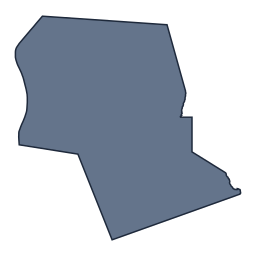 the district of Arauco, La Rioja, Argentina
{"feature_id": "61730980B43357395590927", "entity_name": "Arauco", "entity_type": "district", "adm_level": 2, "iso_a3": "ARG", "parent_name": "Argentina", "parent_adm1": "La Rioja", "projection": "mercator", "projection_center": [-66.591, -28.559], "detail": "fine", "context": "isolated", "style": "filled", "palette": "slate", "viewbox_px": 256, "rotation_deg": 0, "n_neighbors": 0, "source": "geoboundaries", "source_scale": "gbopen_adm2", "svg_char_len": 2883}
<svg xmlns="http://www.w3.org/2000/svg" viewBox="0 0 256 256"><path d="M240.0,194.1L239.9,193.8L240.6,193.2L240.6,192.9L240.6,192.5L240.6,192.4L240.5,192.1L240.4,191.8L240.4,191.5L240.4,191.4L240.3,191.0L240.3,190.8L240.3,190.5L240.2,190.2L240.2,189.9L239.7,189.4L239.2,189.5L238.8,189.2L238.5,188.9L238.2,188.8L237.8,188.7L237.7,188.7L237.3,188.6L237.3,189.1L237.3,189.3L237.3,189.5L237.1,189.6L236.8,189.6L236.5,189.6L236.4,189.6L236.1,189.5L236.1,189.4L235.8,189.4L235.7,189.4L235.3,189.5L235.2,189.5L234.9,189.5L234.7,189.4L234.6,189.2L234.1,189.1L233.9,188.9L233.7,188.8L233.4,188.8L233.2,188.6L233.1,188.4L232.9,188.2L232.7,187.8L232.7,187.7L232.5,187.3L232.3,187.1L231.9,186.8L231.8,186.7L231.3,186.2L231.0,185.9L230.7,185.0L230.2,184.4L229.7,183.6L229.5,182.8L229.7,182.2L229.8,181.8L229.7,180.9L229.4,180.1L229.2,179.1L228.5,178.7L228.2,178.2L228.0,177.3L227.5,176.9L227.0,176.6L226.4,175.6L226.1,173.7L225.6,172.8L222.9,171.1L222.6,170.9L219.8,169.2L213.7,165.4L192.0,151.9L192.0,117.2L181.7,117.2L179.9,117.2L180.3,117.1L180.4,116.6L180.9,116.5L181.1,116.4L181.1,115.9L181.1,115.7L181.1,115.4L181.6,115.2L181.4,115.0L181.3,114.7L181.5,114.5L181.6,114.0L181.7,113.8L181.9,113.6L182.1,113.4L182.1,113.2L181.9,112.8L181.6,112.6L181.7,112.4L181.9,112.2L181.8,111.9L181.7,111.6L181.6,111.2L181.8,111.0L181.6,110.7L181.6,110.1L181.7,109.8L181.8,109.4L181.8,109.1L182.1,108.7L182.2,108.3L182.2,108.1L182.3,107.9L182.3,107.3L182.3,107.0L182.3,106.9L182.5,106.7L182.9,106.4L182.9,106.0L183.0,105.8L183.2,105.4L183.4,104.9L183.4,104.5L183.4,104.3L183.3,103.8L183.3,103.5L183.4,103.3L183.5,103.0L183.7,102.8L183.8,102.5L184.0,102.3L184.1,101.9L184.3,101.7L184.5,101.4L184.5,101.1L184.7,100.5L184.6,100.1L184.8,99.7L185.0,99.5L185.1,99.3L185.1,98.8L185.1,98.6L185.0,98.0L185.0,97.8L185.1,97.5L185.2,97.1L185.3,96.8L185.4,96.5L185.5,96.2L185.5,95.8L185.5,95.4L185.6,95.1L185.5,94.7L185.6,94.1L185.6,93.8L185.7,93.6L185.8,93.5L185.8,93.1L185.7,92.4L185.5,92.1L185.5,91.7L185.5,91.3L185.5,91.0L167.0,24.7L166.3,24.7L136.0,22.6L42.4,16.2L35.9,23.8L33.7,26.5L30.2,30.5L19.2,43.5L18.3,44.9L17.4,46.2L16.5,47.6L15.9,49.1L15.5,50.7L15.4,52.3L15.4,54.0L15.4,55.6L15.4,57.2L15.7,58.8L16.1,60.4L16.6,61.9L17.1,63.5L17.7,65.0L18.4,66.5L19.1,67.9L19.8,69.4L20.5,70.9L21.2,72.4L21.8,73.9L22.3,75.4L22.9,76.9L23.4,78.5L23.8,80.0L24.2,81.6L24.6,83.2L25.0,84.8L25.4,86.3L25.8,87.9L26.2,89.5L26.5,91.1L26.8,92.7L27.1,94.3L27.2,95.9L27.3,97.5L27.3,99.2L27.3,100.8L27.3,102.4L27.2,104.1L27.1,105.7L27.0,107.3L26.9,108.9L26.7,110.6L26.4,112.1L25.9,113.7L25.4,115.2L24.9,116.8L24.3,118.3L23.7,119.8L23.1,121.3L22.4,122.8L21.7,124.3L21.1,125.8L20.5,127.3L20.0,128.8L19.4,130.4L18.9,131.9L18.8,133.5L18.8,135.2L18.7,136.8L18.8,138.4L18.9,140.1L19.0,141.7L19.1,143.3L19.2,144.8L77.9,154.1L112.1,239.8L238.6,194.6L238.9,194.5L239.9,194.2L240.0,194.1Z" fill="#64748b" stroke="#1e293b" stroke-width="1.5"/></svg>